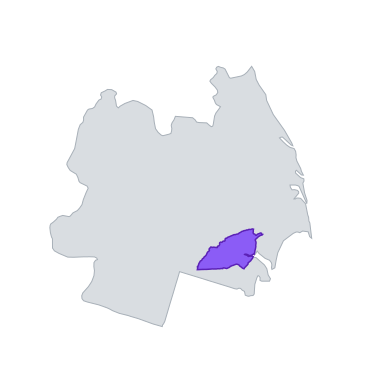 location of Komo, Estuaire, Gabon, rotated 197°
{"feature_id": "22940354B49823101443356", "entity_name": "Komo", "entity_type": "district", "adm_level": 2, "iso_a3": "GAB", "parent_name": "Gabon", "parent_adm1": "Estuaire", "projection": "albers", "projection_center": [10.284, 0.218], "detail": "fine", "context": "in_parent", "style": "filled", "palette": "violet", "viewbox_px": 384, "rotation_deg": 197, "n_neighbors": 0, "source": "geoboundaries", "source_scale": "gbopen_adm2", "svg_char_len": 7257}
<svg xmlns="http://www.w3.org/2000/svg" viewBox="0 0 384 384"><g transform="rotate(197 192 192)"><path d="M267.1,60.5L266.9,63.6L263.4,71.2L261.7,77.1L261.3,83.3L262.3,88.3L264.0,91.9L265.1,95.8L264.3,98.5L262.6,99.7L263.8,101.0L266.3,101.4L270.7,100.2L277.3,98.1L286.1,95.0L291.8,93.4L301.3,94.4L306.4,95.5L309.0,97.6L311.8,106.5L313.2,107.9L315.5,111.7L317.5,116.3L317.9,118.6L317.7,120.2L315.8,122.7L313.6,126.4L312.9,128.6L311.0,130.2L308.7,131.8L302.4,132.5L301.4,133.4L299.7,137.3L296.3,140.6L294.8,143.7L293.5,147.8L293.7,152.9L293.1,160.3L292.4,165.3L294.1,167.0L301.7,168.2L303.2,169.2L305.2,172.3L307.8,175.2L314.8,177.0L317.5,179.2L319.7,181.6L320.0,183.6L318.4,191.6L316.9,199.2L317.5,205.1L318.1,210.6L319.0,218.7L318.6,223.7L316.7,226.7L316.7,229.1L317.6,231.9L315.9,239.8L314.8,241.2L311.7,242.7L310.0,244.8L309.5,248.1L307.9,252.7L306.1,254.3L306.1,256.5L307.8,258.0L307.8,260.4L304.7,263.2L302.8,265.4L298.7,266.4L293.9,265.3L292.8,263.8L294.0,261.3L293.5,259.4L291.9,257.3L289.3,252.0L287.1,250.9L285.8,253.1L282.0,257.1L275.2,262.3L270.4,262.7L261.6,261.2L254.2,258.7L250.7,252.7L248.5,247.7L245.4,241.9L241.8,239.1L238.0,237.4L236.3,237.3L231.0,240.5L229.3,241.8L229.4,244.5L229.9,247.0L230.7,248.3L231.4,249.9L231.3,252.4L230.3,255.8L230.0,259.5L213.1,263.2L210.1,261.9L208.0,260.2L205.4,260.5L198.1,262.4L195.4,261.1L192.7,260.1L191.5,260.9L191.4,262.5L192.6,271.3L192.2,274.6L190.6,279.0L189.7,281.9L194.2,282.8L195.8,284.1L197.4,286.3L199.6,288.4L199.7,289.6L197.3,291.9L196.4,294.7L197.6,296.9L200.7,299.2L205.2,301.6L207.3,303.2L207.1,304.6L205.1,307.7L204.3,310.2L202.9,312.6L203.1,314.7L205.2,316.7L204.9,318.5L203.6,319.8L200.8,319.6L198.4,319.8L196.3,319.2L189.7,312.3L188.3,312.1L178.7,317.4L176.3,319.6L174.3,322.8L171.7,329.6L167.3,325.6L163.5,318.4L159.1,313.9L149.9,306.7L147.4,301.4L136.9,289.8L121.7,278.1L110.8,267.9L109.1,265.7L111.0,265.9L121.5,271.0L123.0,270.4L124.2,269.3L119.6,266.7L115.3,264.6L111.2,263.3L107.1,263.4L104.8,261.2L103.3,258.0L102.6,255.2L100.8,252.3L94.9,246.2L93.5,243.9L90.4,240.7L92.3,240.3L98.5,243.3L99.1,242.1L98.5,240.4L92.3,237.5L88.9,237.3L88.1,235.2L88.6,232.9L84.1,224.1L79.5,217.5L78.8,214.4L91.3,228.7L92.9,229.0L95.1,228.9L100.3,227.3L99.3,225.3L97.0,223.3L94.7,224.2L91.8,224.4L90.2,223.6L89.6,222.1L92.5,215.2L91.2,215.5L90.3,216.7L88.7,217.3L86.2,217.7L80.0,214.0L74.6,203.9L73.1,201.9L71.7,198.4L70.3,196.9L64.0,182.7L66.4,183.7L69.3,187.9L74.8,187.0L77.0,184.6L78.9,184.7L80.8,184.1L83.2,181.9L90.3,172.1L92.2,159.1L91.6,151.4L90.6,143.7L92.9,141.3L93.9,142.9L94.3,145.6L95.4,147.6L97.9,149.4L102.6,149.9L109.9,152.8L112.5,154.6L113.2,151.0L121.6,147.9L119.0,146.8L111.6,148.0L101.4,143.4L98.0,140.5L94.9,134.9L91.6,132.0L91.8,129.4L99.2,127.1L101.1,127.3L101.9,130.2L103.8,131.4L104.6,131.0L104.9,128.5L104.9,122.0L102.7,112.6L103.4,110.8L105.4,110.1L107.2,108.9L108.4,108.7L110.9,108.9L112.1,111.1L112.8,112.3L115.3,112.8L117.4,114.0L119.1,113.7L120.6,112.3L122.8,112.0L129.4,112.1L135.4,112.1L147.5,112.1L159.5,112.2L171.5,112.2L180.6,112.2L180.5,106.8L180.5,98.6L180.4,88.8L180.4,79.4L180.3,70.7L180.2,60.4L180.7,57.5L181.3,56.3L181.1,54.6L190.4,54.4L207.2,55.2L214.6,55.1L216.7,55.2L225.9,54.7L233.3,55.3L236.5,56.0L239.3,56.4L248.2,56.8L259.9,56.2L263.8,56.3L266.0,57.8L267.1,60.5Z" fill="#d9dde1" stroke="#a8b0b8" stroke-width="1"/><path d="M157.9,144.9L158.1,144.2L158.4,143.8L158.7,143.4L158.9,142.9L158.9,142.4L158.8,141.9L158.5,141.5L158.3,141.3L158.3,140.9L158.4,140.6L158.8,140.1L159.0,139.9L159.3,139.4L159.6,138.8L159.7,138.1L159.8,137.3L159.9,136.2L160.1,135.5L160.3,135.0L160.6,134.5L161.0,134.0L161.3,133.5L161.5,133.2L161.5,132.6L161.6,132.1L161.9,131.9L162.4,131.3L162.6,130.8L162.6,130.4L162.7,129.9L162.9,129.4L163.2,129.0L163.6,128.7L163.9,128.3L164.0,127.9L164.1,127.3L164.2,126.7L164.4,126.1L164.5,125.5L164.5,124.6L164.5,122.9L164.8,122.6L165.0,122.4L164.9,121.9L164.5,121.7L164.4,121.3L164.5,120.9L164.3,120.7L164.2,120.1L164.2,119.3L163.0,119.7L159.4,121.0L155.6,122.2L154.0,122.8L151.4,123.8L150.0,124.4L148.7,124.7L147.9,125.0L146.6,125.4L145.7,125.7L145.1,126.1L144.5,126.3L143.9,126.4L143.3,126.6L142.9,126.7L142.3,127.1L141.5,127.4L140.9,127.6L140.2,127.7L140.0,128.5L139.5,128.7L139.0,128.8L137.2,128.9L136.4,129.0L135.9,129.4L135.5,129.8L134.7,130.5L134.3,130.8L133.9,131.3L133.8,131.6L133.7,132.0L133.4,132.3L133.0,132.5L132.7,132.7L132.3,133.2L131.9,133.5L131.5,133.6L130.7,134.3L128.9,135.7L128.4,136.0L127.7,136.1L126.6,136.1L125.9,136.0L125.4,135.7L124.9,135.3L124.2,135.0L123.8,134.9L123.3,134.7L122.6,134.5L122.1,134.2L121.2,133.9L120.6,133.8L120.0,133.8L119.7,133.9L119.7,134.2L119.7,134.5L119.6,134.8L119.2,135.7L118.8,136.3L118.6,136.9L118.3,137.4L118.0,137.9L117.7,138.6L117.4,139.3L117.4,139.8L117.5,140.1L117.6,140.4L117.6,140.8L117.2,141.3L116.9,141.7L116.7,142.0L116.4,142.4L116.0,143.1L115.7,143.5L115.6,143.9L115.5,144.4L115.4,144.8L115.3,145.2L115.0,145.5L114.8,146.0L114.7,146.5L114.7,147.0L114.6,148.1L116.1,148.1L117.1,147.9L117.5,147.7L118.2,147.4L118.6,147.2L119.1,146.9L119.5,146.9L119.8,147.1L120.3,147.4L121.1,147.6L122.4,147.6L123.2,147.6L123.4,147.7L123.1,148.0L122.6,148.2L122.0,148.3L121.6,148.4L121.1,148.4L120.5,148.3L120.1,148.3L119.3,148.0L118.7,148.0L118.1,148.1L117.7,148.3L117.1,148.6L116.5,149.0L115.9,149.6L115.3,150.3L114.9,150.8L114.5,151.0L114.4,150.9L114.4,152.4L114.4,153.0L114.5,153.4L114.6,154.0L114.7,154.6L114.7,155.5L114.8,156.9L115.0,158.3L115.1,158.8L115.4,159.4L115.6,160.3L115.7,161.0L115.8,161.7L116.0,162.4L116.3,163.0L116.6,163.4L116.9,163.8L117.3,164.3L117.5,164.6L117.5,165.1L117.3,165.5L117.0,165.9L116.8,166.3L116.5,166.7L116.2,167.3L115.9,167.9L115.5,168.5L115.3,168.9L114.8,169.4L114.2,170.1L113.7,170.6L112.9,171.1L112.4,171.4L112.2,171.7L112.1,172.0L112.5,171.9L113.0,172.1L113.2,172.4L113.4,172.8L113.8,172.9L114.3,172.9L114.7,172.7L115.1,172.4L115.3,172.1L115.8,171.7L116.4,171.4L116.7,171.1L117.3,170.5L117.5,170.0L117.6,169.6L117.8,169.4L118.0,169.3L118.4,169.3L118.8,169.4L118.9,169.5L119.1,169.7L119.5,170.0L119.9,170.1L120.3,170.0L120.6,170.0L120.9,170.1L121.4,170.5L121.6,170.9L121.7,171.2L121.8,172.1L122.0,172.5L122.2,173.3L122.3,174.0L122.3,174.4L123.1,174.4L123.5,174.3L123.9,174.1L124.4,173.7L124.7,173.4L125.4,173.2L126.1,173.0L126.6,172.9L127.0,172.6L127.2,172.3L127.6,172.1L128.0,171.8L128.6,171.7L128.9,171.5L129.1,171.3L129.5,170.9L130.0,170.7L130.5,170.4L130.9,170.3L131.5,169.8L131.8,169.4L132.3,169.2L132.8,168.9L133.1,168.4L133.6,167.9L134.2,167.2L134.6,166.9L135.0,166.4L135.3,166.0L135.5,165.6L135.8,165.3L136.3,165.0L136.9,164.8L137.7,164.2L138.1,163.9L138.6,163.7L139.2,163.6L139.8,163.1L141.2,161.9L142.0,161.3L142.6,160.7L143.6,159.9L144.4,159.3L144.9,158.8L145.1,158.4L145.2,158.0L145.4,157.8L145.9,157.7L146.3,157.5L146.5,157.2L146.5,156.7L146.4,155.8L146.2,155.3L146.3,154.8L146.6,154.5L147.2,154.4L147.7,154.2L148.2,153.7L148.3,153.3L148.6,152.8L148.9,152.5L149.2,152.5L149.6,152.5L150.1,152.4L150.3,152.1L150.6,151.7L150.7,151.2L150.5,150.6L150.3,150.2L150.2,149.8L150.2,149.3L150.4,148.8L150.7,148.3L151.0,148.1L151.4,147.9L151.7,147.4L151.7,147.0L151.5,146.7L151.6,146.3L152.1,146.1L153.0,146.0L153.5,145.8L154.7,145.7L155.4,145.5L155.8,145.3L156.2,145.0L157.3,145.0L157.9,144.9Z" fill="#8b5cf6" stroke="#5b21b6" stroke-width="1.5"/></g></svg>